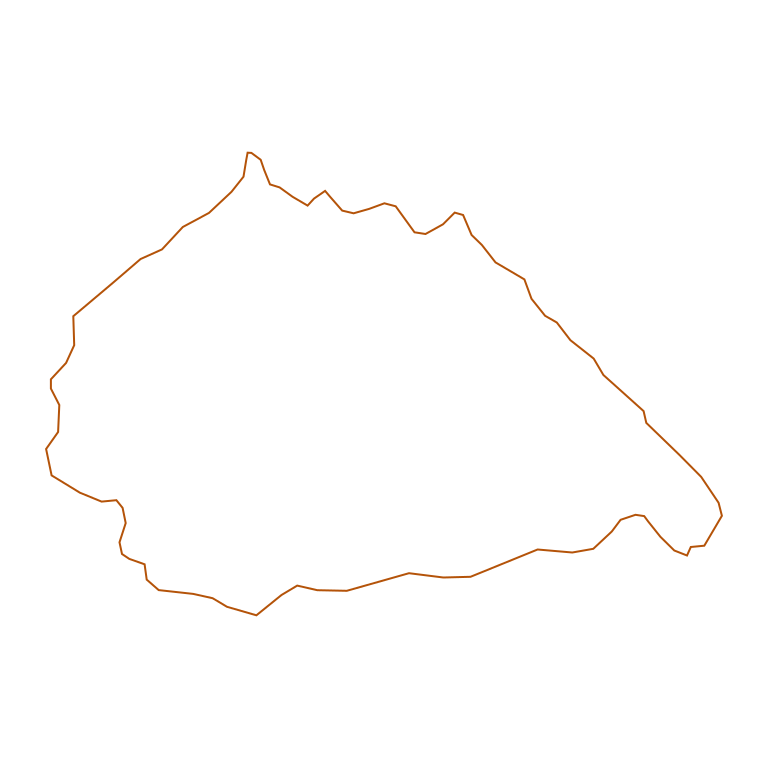 Vergara, Treinta y Tres, Uruguay (Natural Earth projection)
{"feature_id": "84410073B11484829939635", "entity_name": "Vergara", "entity_type": "district", "adm_level": 2, "iso_a3": "URY", "parent_name": "Uruguay", "parent_adm1": "Treinta y Tres", "projection": "natural_earth1", "projection_center": [-54.003, -32.979], "detail": "fine", "context": "isolated", "style": "outline", "palette": "amber", "viewbox_px": 768, "rotation_deg": 0, "n_neighbors": 0, "source": "geoboundaries", "source_scale": "gbopen_adm2", "svg_char_len": 1197}
<svg xmlns="http://www.w3.org/2000/svg" viewBox="0 0 768 768"><path d="M687.0,555.5L690.8,547.0L704.3,545.7L721.9,515.8L718.6,502.8L701.2,476.9L679.4,454.9L646.3,422.9L643.6,411.1L603.4,375.0L593.7,358.6L570.4,340.2L556.8,322.5L545.1,315.8L531.5,298.8L524.4,279.4L495.5,262.4L481.9,245.0L471.6,235.0L463.1,215.0L454.7,212.6L443.0,224.3L425.5,234.0L414.5,232.3L395.7,206.3L384.4,203.3L369.1,208.9L353.6,213.3L342.2,210.6L330.2,196.9L325.1,190.9L314.0,198.6L307.6,205.6L292.6,196.8L279.6,187.4L270.0,184.4L264.2,170.0L260.7,159.8L251.4,152.9L247.6,152.7L246.2,160.2L243.5,176.7L231.5,191.8L209.0,212.9L182.8,227.0L162.0,249.4L140.6,259.0L113.4,282.4L73.3,316.2L74.2,345.2L66.1,362.9L50.9,379.3L50.9,388.6L59.3,405.0L58.1,432.0L46.1,449.0L51.6,475.4L79.9,492.7L101.6,501.6L116.4,500.2L122.6,507.9L125.7,523.1L119.5,542.3L122.0,554.0L129.3,558.9L144.6,564.3L146.7,579.6L158.7,590.1L193.2,593.9L212.6,598.2L227.0,606.8L256.4,615.3L281.5,595.0L297.2,585.6L317.3,590.2L346.8,590.8L409.0,573.2L443.3,577.5L470.5,576.8L537.6,549.5L572.3,552.5L593.3,548.8L611.8,531.5L620.6,519.8L635.5,514.8L644.2,516.1L648.1,521.4L660.4,536.8L674.3,550.5L687.0,555.5Z" fill="none" stroke="#b45309" stroke-width="2"/></svg>